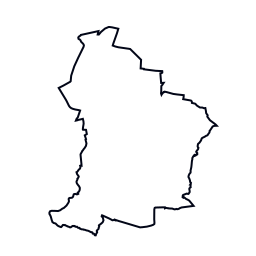 outline of Oravita, Caras-Severin, Romania, rotated 83°
{"feature_id": "2599482B80762656087619", "entity_name": "Oravita", "entity_type": "district", "adm_level": 2, "iso_a3": "ROU", "parent_name": "Romania", "parent_adm1": "Caras-Severin", "projection": "albers", "projection_center": [21.762, 45.061], "detail": "fine", "context": "isolated", "style": "outline", "palette": "ink", "viewbox_px": 256, "rotation_deg": 83, "n_neighbors": 0, "source": "geoboundaries", "source_scale": "gbopen_adm2", "svg_char_len": 5760}
<svg xmlns="http://www.w3.org/2000/svg" viewBox="0 0 256 256"><g transform="rotate(83 128 128)"><path d="M212.3,214.4L212.7,213.8L213.2,213.4L213.7,212.1L214.1,211.4L216.1,209.9L216.8,209.1L217.4,208.1L218.2,206.6L218.2,206.4L218.0,206.1L217.7,205.9L217.5,205.6L217.1,205.1L216.4,204.6L216.3,204.3L216.3,204.1L216.5,203.3L216.7,202.9L216.7,202.7L216.6,202.4L217.0,201.9L217.5,201.3L217.6,200.9L218.0,200.5L218.0,200.3L218.2,200.0L218.6,199.5L218.6,199.2L219.4,197.8L219.6,197.6L219.5,196.7L219.1,196.2L218.8,195.5L218.5,195.0L218.5,194.8L218.5,194.6L218.7,194.4L218.7,194.2L218.6,193.6L218.8,192.8L219.2,192.6L219.4,192.5L219.6,191.9L219.8,191.6L219.8,190.6L220.6,190.1L221.0,189.7L221.1,189.1L221.1,188.7L221.2,188.4L221.8,188.3L222.0,188.1L222.2,187.5L222.4,187.3L222.7,186.8L222.9,186.4L223.2,184.8L223.5,184.5L223.7,183.4L224.6,181.7L225.0,180.4L225.4,179.6L226.5,178.0L226.8,177.6L227.0,176.5L227.2,176.3L227.4,176.1L228.5,175.9L228.6,175.7L228.6,175.1L228.8,174.7L229.3,174.3L230.0,174.2L230.4,174.0L230.6,173.5L230.6,173.1L229.5,172.7L227.7,171.3L227.3,171.3L226.6,171.6L226.1,171.5L225.7,171.1L225.0,170.1L224.6,169.6L224.2,169.4L223.8,169.3L223.2,169.2L222.7,168.8L222.0,168.5L221.8,168.5L221.4,168.8L221.2,168.8L221.0,168.7L220.8,168.3L220.3,167.5L220.0,166.8L219.7,166.5L219.6,166.2L218.9,165.2L218.5,164.7L218.0,164.3L217.0,163.8L216.7,163.6L216.4,163.6L213.9,163.9L213.2,164.3L212.6,164.9L212.2,164.8L211.5,164.4L212.4,162.8L215.6,157.6L217.0,155.6L217.5,155.0L217.7,154.6L217.7,154.2L217.6,153.7L217.5,153.0L217.6,152.8L218.0,152.0L217.5,152.0L219.3,148.3L220.4,145.7L228.1,128.1L228.2,125.8L228.2,121.2L227.7,117.1L227.2,114.9L226.5,113.6L225.4,113.3L221.8,113.1L211.9,111.8L210.5,111.2L210.3,110.4L210.8,105.0L211.2,101.1L212.2,101.1L212.0,100.5L212.0,99.6L212.1,99.2L212.4,98.7L212.5,97.8L212.8,97.3L212.9,97.1L212.9,96.3L213.1,95.7L213.2,94.9L213.3,94.4L213.3,94.1L213.6,93.4L213.9,92.9L214.1,92.4L214.4,91.9L214.4,91.5L214.4,90.4L214.2,90.0L214.4,89.5L214.4,89.3L214.6,88.9L214.6,88.4L214.3,87.1L214.2,86.9L213.9,86.5L213.4,84.5L213.3,72.4L207.8,75.9L207.4,76.2L206.2,77.8L205.7,78.8L203.9,80.5L203.5,80.9L204.0,81.5L203.5,82.1L203.2,82.3L203.0,82.2L202.6,81.9L202.3,81.9L201.8,81.9L201.4,81.6L201.1,81.3L201.0,80.9L201.0,80.3L200.7,79.6L200.6,78.9L200.3,78.0L200.3,77.5L200.5,77.1L200.7,76.6L200.8,76.3L200.8,76.1L200.6,75.8L200.3,75.6L199.5,74.9L199.3,74.7L198.5,74.5L197.8,74.5L196.1,74.6L195.6,74.5L195.2,74.2L194.8,73.6L194.4,73.0L194.2,73.0L193.6,73.1L191.9,72.7L191.9,72.8L191.8,73.1L191.5,72.8L191.3,72.6L190.7,72.5L190.1,72.2L189.9,72.3L189.6,72.7L189.3,72.8L188.9,72.9L187.7,72.9L186.7,73.1L185.4,73.4L184.3,73.9L183.6,73.9L183.0,73.7L182.3,73.4L180.9,72.5L180.6,72.2L180.2,71.6L179.7,71.3L179.2,71.2L177.9,71.1L175.7,70.3L174.5,69.9L172.4,69.4L168.7,68.6L168.0,68.4L167.1,68.0L165.7,67.8L164.8,67.2L164.0,66.5L163.6,66.2L163.6,65.9L163.5,65.6L163.6,65.3L163.8,65.2L163.7,64.9L163.0,65.5L162.7,65.1L162.9,64.5L163.0,64.3L163.0,63.8L163.0,63.6L163.0,63.4L162.7,62.6L162.3,62.7L162.2,62.7L161.9,62.4L161.3,62.3L160.9,62.6L160.8,62.8L160.6,63.0L159.9,63.2L159.3,62.8L158.3,61.8L157.8,61.2L157.5,61.0L157.0,60.9L156.3,60.5L156.1,60.6L155.9,60.8L155.7,60.9L154.9,61.1L154.5,61.1L152.8,60.6L152.4,60.4L152.2,60.3L152.0,59.9L151.8,59.6L151.3,58.9L149.8,57.5L149.0,56.9L147.7,56.3L147.4,56.1L146.9,55.5L146.8,55.2L146.0,52.9L145.3,51.5L145.1,50.6L145.0,50.3L144.8,49.9L143.8,49.1L142.7,48.0L142.4,47.8L141.8,47.5L141.1,47.4L140.7,47.3L140.5,46.9L139.6,46.2L139.3,45.9L138.5,45.2L138.0,44.8L137.5,44.3L137.0,44.0L136.7,43.5L136.6,43.1L136.4,42.1L136.6,39.6L135.1,40.7L130.3,45.7L126.4,47.9L125.1,47.4L122.8,48.6L120.6,48.6L117.6,48.8L117.6,49.5L117.6,50.2L117.4,50.6L116.8,51.6L116.4,54.1L115.2,55.6L114.0,57.0L112.6,57.9L112.0,58.5L110.9,61.5L110.0,61.4L109.1,61.6L108.4,62.2L106.1,69.7L104.0,69.0L102.2,68.7L100.7,75.1L99.7,78.9L97.1,85.2L96.4,87.2L96.8,87.7L96.6,88.2L98.7,90.4L99.1,90.7L97.6,91.0L96.0,90.6L90.4,89.8L89.4,88.7L87.5,87.1L87.3,89.6L81.4,89.4L77.7,89.2L77.6,88.2L77.3,87.3L76.8,87.1L75.7,87.1L74.6,93.5L71.7,105.0L71.2,105.0L70.4,108.2L61.9,106.7L49.9,116.2L49.5,117.4L46.7,127.7L45.5,130.8L44.3,133.1L41.8,132.0L32.6,127.4L28.3,125.5L26.2,131.4L25.5,134.0L25.4,134.9L26.5,138.7L29.3,143.0L31.7,145.6L31.5,146.7L28.2,145.5L29.9,163.5L30.5,163.9L31.1,165.3L32.0,166.3L33.4,166.3L33.9,165.8L34.4,165.0L35.3,164.4L36.6,164.1L38.5,162.6L38.9,162.3L39.7,161.9L40.6,161.7L42.0,162.2L52.1,168.8L60.2,173.8L69.1,178.0L74.6,179.2L75.1,179.8L78.0,186.9L79.8,191.9L92.4,186.2L94.2,185.5L98.8,183.9L100.2,183.1L101.4,181.9L102.3,180.3L103.2,178.1L104.3,174.5L104.8,173.4L111.3,176.5L112.6,177.9L114.3,178.8L114.1,176.9L113.9,176.5L113.8,175.0L113.4,171.7L116.0,171.4L118.3,171.5L122.0,172.6L123.8,173.0L124.2,172.9L124.7,169.9L129.0,169.6L130.0,171.8L134.0,171.0L134.4,171.6L138.2,171.1L140.6,171.9L142.7,173.6L143.5,174.5L144.8,175.6L145.2,176.2L145.5,176.3L148.3,178.3L149.5,178.4L158.2,178.6L159.7,178.7L159.4,179.4L159.6,180.1L160.2,180.0L160.9,180.0L161.6,180.2L162.2,180.5L162.7,180.9L163.3,181.9L165.3,183.7L165.6,184.5L167.4,184.2L169.5,183.1L170.0,182.8L170.8,183.1L171.7,183.8L172.1,184.4L172.9,184.4L174.4,185.4L175.2,185.7L176.7,185.5L178.4,184.6L180.0,183.6L181.6,183.1L183.6,183.5L185.1,184.4L185.5,184.9L186.0,185.8L186.6,185.7L187.3,185.4L187.5,185.8L187.6,186.1L187.6,186.7L187.6,187.0L187.3,187.5L187.0,188.3L187.0,189.1L187.0,189.5L187.3,190.0L189.5,190.9L190.3,191.9L190.4,193.0L190.3,194.4L190.7,195.3L191.5,195.6L192.4,195.5L193.8,195.6L194.9,196.3L197.5,198.5L199.6,201.5L200.0,202.9L201.4,205.4L201.9,207.6L201.5,209.7L201.3,211.1L200.9,213.8L201.1,215.4L201.7,215.9L202.4,216.3L202.8,216.4L203.9,216.4L205.2,215.8L206.7,215.4L210.2,214.9L212.3,214.4Z" fill="none" stroke="#020617" stroke-width="2"/></g></svg>